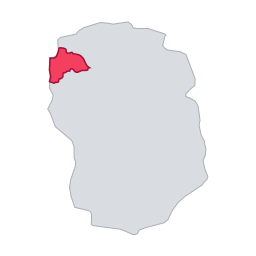 where Resen sits in North Macedonia, rotated 95°
{"feature_id": "MKD-2894", "entity_name": "Resen", "entity_type": "Statistical Region", "adm_level": 1, "iso_a3": "MKD", "parent_name": "North Macedonia", "parent_adm1": "", "projection": "albers", "projection_center": [21.045, 41.032], "detail": "fine", "context": "in_parent", "style": "filled", "palette": "rose", "viewbox_px": 256, "rotation_deg": 95, "n_neighbors": 0, "source": "natural_earth", "source_scale": "10m", "svg_char_len": 2179}
<svg xmlns="http://www.w3.org/2000/svg" viewBox="0 0 256 256"><g transform="rotate(95 128 128)"><path d="M114.1,56.9L118.7,57.5L128.6,54.6L134.7,50.6L137.9,50.0L142.0,48.5L148.1,48.6L154.2,50.3L161.9,47.9L169.5,44.2L172.5,45.0L175.9,48.1L178.1,48.9L191.0,65.2L198.0,71.7L206.3,76.7L215.7,80.2L219.2,83.7L225.5,101.1L228.5,107.7L232.5,109.6L233.5,111.5L233.7,114.0L229.5,126.4L228.3,154.1L227.2,156.3L222.5,156.3L216.3,157.0L213.9,159.2L211.7,174.1L201.7,178.5L192.5,181.1L184.8,180.6L171.1,177.3L166.7,177.0L162.9,179.0L150.8,180.2L145.5,182.9L133.1,200.4L120.5,206.5L116.1,209.6L106.4,205.8L101.7,205.4L95.0,209.8L80.3,210.3L76.3,211.1L64.9,211.8L64.5,209.4L62.4,205.9L57.1,204.2L46.2,205.6L43.6,203.1L39.2,188.3L35.8,185.9L31.9,180.9L25.4,164.8L25.3,157.8L25.8,151.7L22.3,137.3L24.5,133.7L27.9,131.4L28.0,125.6L27.1,116.8L31.1,99.6L32.2,98.3L33.2,99.2L42.8,100.6L45.3,98.4L46.9,95.0L47.5,82.4L49.8,76.6L72.9,65.5L79.7,65.1L84.9,70.2L89.1,73.4L91.6,73.3L92.4,70.0L95.2,63.7L100.0,60.1L114.0,56.9L114.1,56.9Z" fill="#d9dde1" stroke="#a8b0b8" stroke-width="1"/><path d="M65.0,211.8L65.0,208.9L64.3,206.8L62.9,205.5L58.8,204.2L54.3,203.6L54.1,202.9L54.0,202.2L54.0,201.2L54.0,199.9L54.3,198.4L54.7,197.1L55.7,196.4L57.0,196.3L57.8,196.2L58.5,195.5L58.6,194.2L58.6,193.2L58.2,192.2L57.7,191.6L57.7,190.6L57.7,190.0L58.1,189.6L58.8,189.3L58.9,188.4L58.9,187.2L59.0,185.8L59.4,183.4L60.0,181.7L60.8,180.7L61.7,179.5L62.6,178.6L64.5,177.4L66.0,176.6L67.7,175.6L69.5,174.3L70.5,173.1L71.2,171.7L71.3,171.5L71.6,172.5L72.1,173.1L72.9,173.1L73.7,173.2L74.1,174.1L74.5,176.4L74.5,177.8L74.9,179.5L75.8,180.9L76.0,181.2L76.0,181.3L76.0,181.8L76.8,182.7L77.0,183.7L76.8,185.0L75.9,186.4L75.1,187.1L74.4,187.6L74.1,188.7L74.1,190.0L74.7,190.7L76.1,190.9L76.5,191.2L76.5,192.2L76.7,193.2L77.1,194.0L77.8,194.7L78.4,195.4L78.6,196.1L78.6,196.9L79.2,197.5L80.1,197.5L81.5,197.4L82.7,197.4L83.8,198.0L84.7,199.3L85.1,200.0L85.1,200.9L86.0,201.2L86.8,201.2L88.0,201.2L88.4,201.6L88.8,203.0L88.7,204.4L89.6,204.9L89.8,205.5L89.7,206.2L89.4,206.9L89.2,208.1L88.9,209.4L88.8,209.5L88.5,210.3L85.4,209.7L83.3,209.5L77.3,211.3L65.0,211.8Z" fill="#f43f5e" stroke="#9f1239" stroke-width="1.5"/></g></svg>